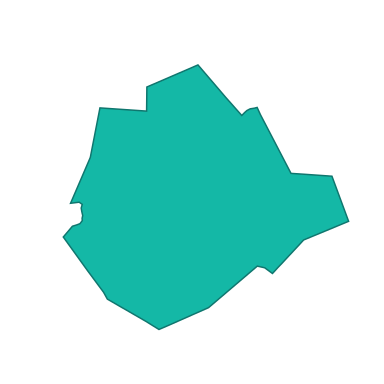 outline of Botuporã, Bahia, Brazil, rotated 69°
{"feature_id": "56859067B81819633149990", "entity_name": "Botuporã", "entity_type": "district", "adm_level": 2, "iso_a3": "BRA", "parent_name": "Brazil", "parent_adm1": "Bahia", "projection": "natural_earth1", "projection_center": [-42.533, -13.321], "detail": "fine", "context": "isolated", "style": "filled", "palette": "teal", "viewbox_px": 384, "rotation_deg": 69, "n_neighbors": 0, "source": "geoboundaries", "source_scale": "gbopen_adm2", "svg_char_len": 761}
<svg xmlns="http://www.w3.org/2000/svg" viewBox="0 0 384 384"><g transform="rotate(69 192 192)"><path d="M275.5,56.3L227.4,55.7L215.5,81.2L210.1,92.9L169.6,97.5L144.3,100.4L136.4,100.9L136.1,103.7L135.2,107.9L135.6,111.5L136.7,114.4L138.4,118.1L115.5,126.7L108.4,129.2L75.5,140.9L77.8,196.5L100.2,205.4L80.5,247.8L123.2,274.5L125.2,276.4L159.0,309.4L161.1,301.0L164.2,298.9L167.3,301.2L170.8,301.9L174.9,302.5L177.1,304.0L179.4,304.7L181.4,307.9L181.4,311.4L181.1,315.9L187.9,328.3L228.4,317.6L253.9,310.5L261.7,309.4L296.0,281.6L308.5,272.1L308.1,262.0L306.8,236.2L305.9,218.0L284.6,157.6L288.8,151.3L296.9,146.1L295.6,143.4L293.4,139.1L290.3,132.5L286.6,125.0L279.5,110.4L276.8,105.0L275.5,56.3Z" fill="#14b8a6" stroke="#0f766e" stroke-width="1.5"/></g></svg>